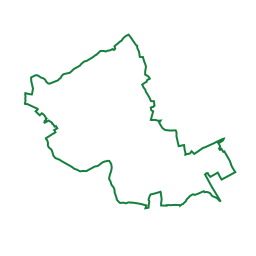 outline of Boianu Mare, Bihor, Romania, rotated 168°
{"feature_id": "2599482B10353811537276", "entity_name": "Boianu Mare", "entity_type": "district", "adm_level": 2, "iso_a3": "ROU", "parent_name": "Romania", "parent_adm1": "Bihor", "projection": "albers", "projection_center": [22.513, 47.387], "detail": "fine", "context": "isolated", "style": "outline", "palette": "green", "viewbox_px": 256, "rotation_deg": 168, "n_neighbors": 0, "source": "geoboundaries", "source_scale": "gbopen_adm2", "svg_char_len": 5708}
<svg xmlns="http://www.w3.org/2000/svg" viewBox="0 0 256 256"><g transform="rotate(168 128 128)"><path d="M212.9,194.0L212.8,189.7L212.8,188.2L212.8,187.2L212.7,186.6L213.0,185.7L214.5,181.9L215.1,180.8L217.3,181.6L219.8,182.7L220.5,183.2L221.1,183.5L221.5,182.4L221.7,180.9L221.8,179.4L222.4,178.2L222.5,176.5L223.0,174.9L223.8,173.3L223.6,172.8L222.9,172.6L221.6,172.4L217.6,169.4L212.9,165.9L212.3,165.2L212.6,164.8L213.7,164.1L214.9,163.6L213.6,161.5L211.7,158.8L209.2,160.3L207.6,158.5L206.3,155.6L206.4,153.7L206.1,153.7L206.6,153.1L207.8,152.3L207.5,151.4L208.6,151.0L208.3,150.5L204.1,151.8L202.9,150.6L201.4,149.2L201.2,147.8L200.7,147.6L199.7,145.5L199.6,144.6L198.7,144.6L198.1,144.8L197.2,142.4L199.2,141.8L200.7,141.3L200.4,140.8L200.2,140.3L200.0,139.1L199.9,138.8L203.1,137.8L207.5,136.1L210.4,135.1L210.5,134.6L209.8,133.4L209.6,132.4L209.4,131.1L209.4,129.9L209.7,129.0L209.9,128.0L209.8,126.6L209.5,125.5L208.9,124.6L207.8,123.4L207.3,122.4L207.2,121.5L206.9,119.9L206.9,118.5L206.7,116.2L206.3,115.7L205.8,114.6L205.2,113.6L204.8,113.3L204.1,113.0L203.2,112.2L201.9,111.5L200.6,110.2L198.9,108.6L197.3,107.2L194.0,104.3L192.1,102.6L190.6,101.2L189.7,100.1L188.9,99.2L188.1,98.6L187.3,98.3L186.4,97.7L185.5,96.9L184.6,96.1L183.9,95.6L183.3,95.5L182.4,95.5L181.3,95.4L178.7,94.7L177.4,94.5L176.1,95.0L174.1,95.6L172.2,96.1L169.2,97.1L167.8,97.2L166.3,97.1L165.5,97.2L164.5,97.6L163.1,98.2L162.1,98.7L161.3,99.2L160.1,99.6L157.8,100.1L156.5,100.0L155.1,100.1L154.2,100.0L153.2,99.7L152.8,98.9L152.6,98.0L151.9,96.5L152.0,95.3L152.0,94.0L152.1,93.0L153.1,90.1L155.5,85.8L156.8,83.2L157.0,81.7L156.3,79.7L156.0,76.4L155.7,75.3L155.1,74.2L154.5,73.0L154.3,71.9L154.1,70.9L154.1,69.8L154.4,68.4L154.5,67.7L154.3,66.7L154.0,63.9L153.8,62.7L153.7,62.1L153.7,61.8L153.9,61.2L153.8,60.3L153.2,59.0L152.8,58.4L152.4,57.8L151.8,56.8L151.5,56.5L151.3,56.4L151.2,56.3L149.1,56.1L148.0,55.9L147.4,55.6L146.7,55.2L146.2,55.0L145.6,54.8L145.2,54.8L144.7,54.9L143.8,55.1L143.3,55.1L142.5,55.0L142.0,54.9L141.6,54.8L141.3,54.7L141.0,54.5L140.7,54.3L140.2,54.2L139.8,54.3L134.5,52.4L130.4,50.6L126.1,48.4L127.6,45.9L124.5,45.8L124.1,47.1L123.3,49.4L122.7,51.0L122.5,51.7L122.4,52.4L122.8,53.0L122.7,53.6L122.5,54.4L121.9,55.1L121.5,56.1L121.1,56.7L120.5,57.3L119.8,58.3L119.1,58.3L115.4,58.4L111.2,58.7L109.5,58.9L109.3,58.0L109.5,57.4L109.6,55.7L109.7,53.8L109.9,51.6L110.0,50.8L110.2,50.3L110.5,49.6L110.8,48.9L111.1,48.0L111.2,47.6L111.4,47.2L111.5,46.2L111.7,45.3L106.4,44.0L106.3,44.5L104.5,44.2L102.2,43.6L99.8,43.3L98.5,43.1L95.9,42.5L94.1,42.0L93.2,41.7L93.2,41.1L91.9,41.8L91.5,42.0L90.4,42.2L89.7,42.4L89.3,42.7L88.6,43.2L88.0,43.6L86.7,44.3L86.1,45.0L85.9,45.5L85.5,45.9L84.2,46.8L82.4,47.8L81.7,48.5L80.3,49.0L79.5,49.3L78.5,49.6L77.8,49.5L77.1,48.9L76.2,48.7L75.1,48.9L72.9,49.2L70.5,49.7L68.5,50.2L67.0,50.4L66.7,49.6L66.5,49.3L64.9,49.2L64.0,48.9L62.7,48.3L61.1,47.0L60.9,46.2L59.9,44.2L59.0,43.3L57.9,42.7L57.3,42.3L56.1,41.3L55.3,40.5L54.3,39.1L53.8,38.0L52.6,36.8L56.2,47.2L58.1,52.5L62.3,66.5L61.6,66.6L61.4,67.0L61.1,67.3L60.7,67.4L60.0,67.4L59.5,67.3L59.2,67.1L59.1,66.2L59.0,65.5L58.8,64.9L58.4,64.5L57.9,64.0L57.6,63.1L52.8,64.6L49.5,65.7L49.0,64.2L48.6,62.5L48.0,60.6L47.7,59.8L47.6,59.4L47.5,58.8L47.2,58.1L39.6,60.3L32.2,62.5L33.7,66.5L34.3,68.4L34.7,70.0L34.9,72.2L35.3,74.9L36.9,79.8L38.6,85.0L39.4,84.7L39.7,84.8L39.9,85.1L40.3,86.4L41.1,88.5L41.3,88.5L41.9,88.0L42.3,87.5L42.6,87.5L42.8,88.1L43.0,88.6L43.2,88.8L41.7,90.8L42.1,92.4L42.8,94.3L39.5,95.3L37.7,96.1L37.1,96.8L36.5,97.6L36.8,97.6L37.2,97.6L37.5,97.5L37.9,97.5L38.6,97.4L40.1,97.0L42.0,96.5L42.8,96.4L45.5,95.7L46.8,95.3L50.4,94.5L55.8,93.3L59.3,92.8L60.4,92.2L62.3,91.5L63.5,90.9L67.8,89.2L68.6,88.9L69.0,89.6L70.6,92.0L71.6,91.2L72.1,90.6L72.5,90.4L73.0,90.2L73.4,90.2L74.0,90.1L75.7,90.3L77.5,89.9L77.5,90.1L77.3,90.3L77.2,90.6L77.1,91.2L77.0,92.0L77.0,93.2L77.1,94.4L77.1,94.8L77.1,95.3L77.0,95.6L77.0,96.1L76.9,97.5L76.8,98.3L76.7,99.1L76.7,99.7L82.2,99.7L82.3,109.7L81.6,113.0L81.5,114.7L81.9,115.8L84.3,116.2L87.1,116.7L92.1,118.3L94.4,120.9L95.2,123.1L96.4,126.8L95.5,127.6L94.6,128.5L97.1,128.8L99.3,130.1L100.5,130.4L102.0,130.7L103.3,130.9L104.0,131.2L99.9,139.1L101.5,140.4L101.5,141.6L101.5,143.2L100.2,143.5L99.1,143.4L98.7,143.4L98.4,143.8L98.1,144.3L97.4,144.4L97.1,148.8L97.8,149.0L99.0,149.3L99.9,149.5L100.8,153.6L101.5,155.6L102.3,158.0L103.0,159.8L103.1,160.9L103.2,162.1L103.7,163.1L104.3,164.2L105.1,167.5L103.7,168.1L102.1,168.8L100.2,169.3L99.4,170.8L97.9,171.4L96.6,171.5L96.4,172.0L96.6,172.4L96.8,173.1L97.2,173.7L97.7,174.6L98.0,174.9L99.1,175.8L100.1,176.6L99.5,179.5L98.8,181.3L97.7,184.1L97.8,186.8L98.2,188.6L98.6,192.8L98.6,194.2L101.7,195.1L101.5,198.0L101.4,199.3L101.5,201.3L101.9,202.4L102.3,204.6L101.9,206.5L102.7,207.1L103.0,207.8L104.2,210.5L105.2,212.9L105.9,214.8L108.0,219.2L109.5,218.8L111.0,218.5L112.3,217.8L114.0,216.8L116.2,214.7L118.1,214.1L120.4,212.7L122.6,211.7L124.2,210.8L124.1,209.7L124.0,208.5L124.6,207.7L125.1,207.4L125.9,207.4L126.5,208.4L127.6,208.2L128.9,207.8L130.4,207.7L132.2,207.9L133.2,207.5L133.8,207.4L135.4,208.3L136.2,208.5L137.2,208.8L139.0,209.0L142.9,206.7L143.1,206.4L145.1,205.9L146.6,205.0L149.1,204.1L152.8,202.8L154.7,202.2L156.3,202.2L157.3,202.0L159.2,201.0L160.8,200.1L162.0,199.0L168.6,197.0L173.4,194.1L176.5,194.1L179.3,194.1L180.0,194.0L181.3,193.2L182.2,192.5L183.0,191.6L183.7,190.7L184.8,190.4L185.3,190.1L186.5,189.2L191.8,188.3L194.3,187.9L195.8,187.7L196.8,188.2L197.5,189.1L198.2,189.9L198.5,190.9L198.8,191.8L199.0,192.4L199.8,193.5L200.6,194.2L201.5,194.8L202.3,195.2L203.0,195.8L204.3,197.2L205.8,198.5L207.6,198.8L211.9,197.7L212.3,197.5L212.7,194.6L212.9,194.0Z" fill="none" stroke="#15803d" stroke-width="2"/></g></svg>